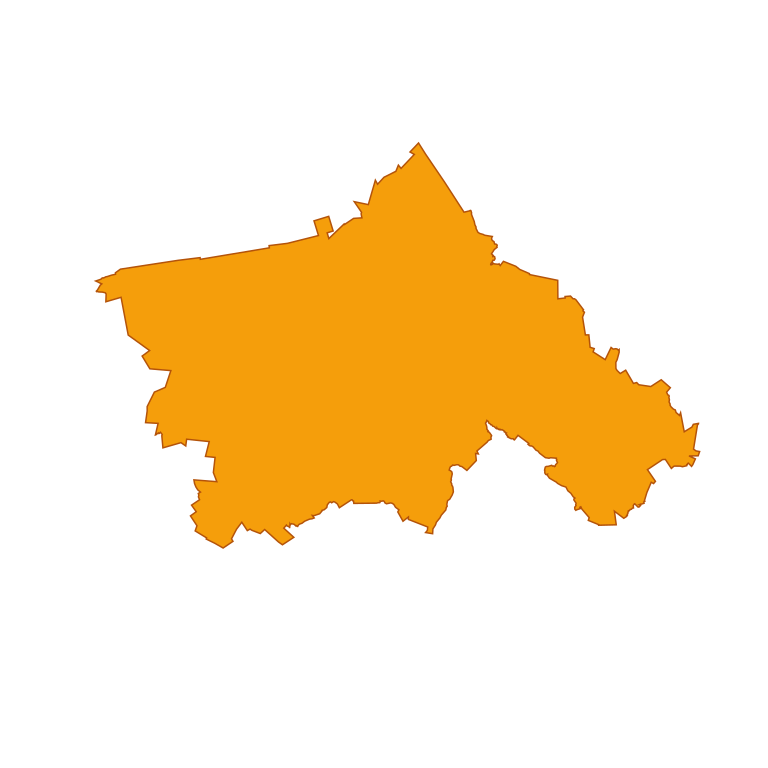 Camargo, Chihuahua, Mexico, rotated 236°
{"feature_id": "50627088B69672703244103", "entity_name": "Camargo", "entity_type": "district", "adm_level": 2, "iso_a3": "MEX", "parent_name": "Mexico", "parent_adm1": "Chihuahua", "projection": "albers", "projection_center": [-104.713, 28.058], "detail": "fine", "context": "isolated", "style": "filled", "palette": "amber", "viewbox_px": 768, "rotation_deg": 236, "n_neighbors": 0, "source": "geoboundaries", "source_scale": "gbopen_adm2", "svg_char_len": 6171}
<svg xmlns="http://www.w3.org/2000/svg" viewBox="0 0 768 768"><g transform="rotate(236 384 384)"><path d="M626.7,218.7L627.9,214.4L628.4,213.5L628.7,210.8L629.2,210.4L629.5,209.3L629.2,208.4L629.4,207.0L630.6,202.6L624.8,206.0L624.6,204.1L622.2,199.1L621.8,197.4L621.1,197.5L621.0,198.1L619.9,198.9L617.6,202.0L615.4,204.0L613.9,203.9L607.7,199.4L602.9,214.5L567.6,199.3L542.8,208.4L542.4,199.1L527.5,198.4L514.3,214.8L503.5,200.8L505.7,189.1L497.7,175.0L494.1,172.6L485.3,164.7L477.7,174.7L469.6,166.0L469.4,166.9L469.8,168.4L469.2,168.9L469.5,169.9L468.7,170.2L469.0,171.7L466.1,171.9L465.4,170.9L454.7,165.0L448.9,182.9L443.5,185.0L448.6,189.5L434.0,206.9L423.8,195.5L417.6,202.9L406.0,193.0L396.5,190.8L410.8,172.8L407.5,171.3L403.9,170.5L400.3,170.4L397.0,171.4L397.1,168.8L395.5,168.4L394.2,167.0L391.2,166.4L391.2,156.7L383.1,156.9L382.9,149.8L371.1,149.7L367.8,145.3L355.6,150.9L354.9,149.9L346.5,154.7L338.0,158.9L338.0,170.8L340.9,171.0L346.1,180.6L348.9,188.8L338.9,188.7L338.6,191.8L336.5,192.7L329.2,197.8L330.1,203.7L312.0,208.2L307.5,209.9L307.3,223.5L320.5,220.3L321.6,224.2L320.6,224.2L318.7,225.6L317.3,225.2L320.6,227.8L319.6,227.7L320.0,229.1L318.0,231.0L315.5,231.6L315.7,232.0L314.2,232.8L314.9,234.1L315.1,235.4L314.4,238.2L314.6,241.6L313.6,246.7L312.5,248.9L312.0,251.2L315.1,251.1L314.0,252.3L312.4,258.1L313.4,261.6L313.9,261.9L313.2,264.2L313.6,267.5L315.5,269.4L316.5,272.4L316.2,273.7L314.8,274.2L314.7,276.4L313.7,277.2L310.6,278.3L306.4,277.8L306.2,292.3L305.6,292.9L304.6,292.8L304.0,293.3L301.9,292.2L289.4,311.2L288.9,312.7L288.0,314.1L288.5,315.1L289.1,315.3L288.0,316.7L287.7,317.9L286.6,318.5L284.8,318.3L283.3,319.1L281.7,323.0L280.5,324.1L278.6,324.8L275.4,324.6L271.4,326.0L270.2,323.9L259.6,323.0L260.1,329.9L258.1,328.5L241.0,340.3L238.4,338.1L237.6,335.4L232.7,340.6L236.5,343.5L238.4,347.9L240.1,350.1L241.7,355.4L243.2,358.1L245.0,364.8L246.8,366.6L247.3,368.0L249.1,368.8L251.5,371.2L251.8,372.1L251.7,374.0L253.8,378.4L255.8,381.2L259.7,383.3L261.1,383.7L261.9,383.5L263.6,384.4L265.7,384.6L266.2,385.6L266.9,386.3L267.5,386.3L271.3,390.3L273.1,391.1L274.6,390.8L276.2,389.9L277.9,392.0L278.3,393.0L278.1,394.1L278.4,395.7L277.4,396.5L276.4,399.2L275.3,400.6L273.5,401.0L272.0,402.4L266.0,404.4L268.9,417.7L275.2,421.1L273.3,423.1L276.5,423.6L278.1,436.8L278.8,438.9L278.3,441.9L280.2,443.0L280.9,444.3L281.7,444.4L285.2,444.3L286.0,443.6L286.5,443.5L286.8,444.2L289.3,444.0L289.7,444.6L291.9,445.6L294.8,446.3L295.4,447.8L296.3,448.9L294.6,449.5L293.2,449.0L291.8,449.7L290.6,449.7L290.1,450.4L288.1,450.6L287.2,451.5L284.4,452.1L283.8,452.5L284.2,452.9L283.8,452.8L283.3,453.5L282.2,453.6L281.4,454.3L281.8,454.6L281.5,455.0L280.4,455.4L280.2,456.3L278.0,457.3L277.2,457.0L276.9,457.5L276.2,457.3L275.1,458.0L275.1,457.6L274.7,457.7L274.4,457.1L272.7,457.5L272.6,457.1L271.2,457.3L270.9,456.9L270.4,457.2L270.4,457.6L269.8,457.5L267.5,458.8L266.4,460.5L265.3,460.5L264.7,460.9L266.5,466.4L254.2,470.7L253.5,470.7L253.5,469.7L251.7,470.1L250.8,470.7L250.3,471.6L248.5,472.5L244.1,473.0L242.4,474.1L239.6,474.3L232.7,476.6L230.2,479.3L229.7,480.9L226.1,485.4L225.6,484.9L224.7,485.0L224.1,484.2L222.0,484.0L221.4,482.7L221.2,481.2L220.1,480.0L220.2,479.1L221.1,479.0L221.8,477.7L222.8,477.6L223.9,474.1L224.9,472.4L224.9,471.2L222.8,468.9L222.4,469.0L220.4,467.6L218.8,467.5L218.2,467.8L217.8,469.1L217.2,468.4L213.4,468.5L206.2,472.0L204.6,472.3L200.4,474.4L196.8,477.2L192.7,476.7L188.9,477.8L184.7,477.8L182.7,478.5L182.7,477.5L181.8,476.6L177.7,476.6L176.7,475.4L175.8,475.2L175.2,473.2L173.5,472.2L172.0,472.4L172.0,473.2L170.9,477.1L172.3,477.4L172.2,478.5L169.6,478.1L158.5,479.4L156.7,477.1L147.1,483.5L146.8,483.1L137.4,497.8L149.7,503.9L138.6,507.7L138.5,511.2L139.3,511.6L139.1,512.4L140.0,512.9L140.2,513.7L141.4,514.5L141.4,515.4L142.2,515.7L141.9,516.9L142.3,517.9L141.8,519.1L142.2,520.6L141.7,521.5L143.9,522.7L144.6,524.5L144.5,524.9L140.1,525.7L139.4,526.5L139.8,528.7L140.8,528.3L140.5,528.7L141.1,529.3L140.5,530.1L139.7,532.9L140.9,533.3L141.0,534.7L141.5,534.5L147.0,541.2L153.1,550.6L150.7,551.8L151.5,554.6L165.7,554.5L165.6,572.7L164.1,575.1L153.3,575.0L153.7,578.2L153.4,579.1L150.3,583.6L148.5,585.2L147.0,589.2L147.8,589.8L147.5,590.4L148.3,591.2L148.2,592.1L143.7,592.9L144.5,595.0L147.8,600.3L153.8,596.6L148.8,604.3L151.5,607.9L154.0,605.3L156.9,604.2L174.8,621.0L175.1,622.4L175.5,622.7L177.6,617.9L176.1,615.2L176.5,606.2L194.3,613.8L192.7,611.4L197.1,610.2L199.6,611.0L201.3,609.9L204.6,609.2L206.5,609.3L207.4,610.0L209.7,610.3L211.3,611.8L213.6,612.7L214.5,613.7L215.4,613.8L216.3,613.2L219.2,613.7L220.8,619.3L232.5,616.2L232.7,603.8L240.9,594.8L243.9,594.3L245.0,591.1L260.3,592.1L260.6,585.7L264.9,584.8L267.1,584.9L272.3,588.3L273.8,590.9L278.8,596.7L281.1,598.2L281.0,597.2L282.5,596.9L283.6,596.0L284.8,593.5L287.3,592.7L280.5,581.0L293.7,575.3L295.8,578.1L299.2,575.4L310.2,581.3L312.1,578.4L328.4,586.0L331.4,590.3L333.4,589.8L333.9,590.4L334.0,590.9L346.7,590.2L348.2,589.5L348.9,588.4L352.6,587.8L355.3,583.0L354.0,582.3L357.4,575.8L372.8,586.0L393.4,565.8L394.2,566.3L403.1,560.6L407.9,559.1L418.9,551.6L417.2,546.6L419.3,546.6L419.2,545.9L421.4,543.2L422.8,541.8L423.2,541.9L422.6,540.9L422.7,539.9L423.4,538.7L423.3,539.9L423.7,539.6L424.1,540.0L424.7,541.9L425.7,543.4L425.0,544.5L425.7,546.1L427.7,546.9L428.6,546.3L428.7,545.5L429.4,545.7L429.6,546.4L431.8,545.9L433.8,550.6L434.1,554.2L435.0,554.4L435.4,555.2L436.1,555.5L437.0,555.3L438.3,554.0L440.5,554.8L442.2,554.1L443.5,554.1L444.9,554.9L445.7,556.3L451.1,550.6L452.5,549.9L455.2,547.6L457.2,546.7L461.6,547.3L462.7,548.1L465.2,548.4L468.3,549.7L474.9,551.2L476.2,551.6L476.8,552.3L479.2,553.0L479.7,552.6L479.7,551.7L481.7,546.4L517.6,547.1L551.3,547.0L564.5,547.4L561.8,535.3L557.4,537.5L553.2,518.7L557.4,518.3L553.7,512.8L555.4,499.6L553.2,490.4L557.8,490.8L541.5,471.3L551.8,461.3L538.9,461.4L537.9,460.2L534.1,458.6L538.3,451.4L538.3,440.5L539.0,440.5L535.4,419.6L541.1,421.4L539.3,427.4L553.9,431.9L558.4,417.2L543.7,412.7L554.6,382.6L563.0,366.1L561.0,365.1L590.1,301.4L591.6,302.2L601.7,282.4L626.6,229.7L626.4,223.5L625.1,222.8L626.7,218.7Z" fill="#f59e0b" stroke="#b45309" stroke-width="1.5"/></g></svg>